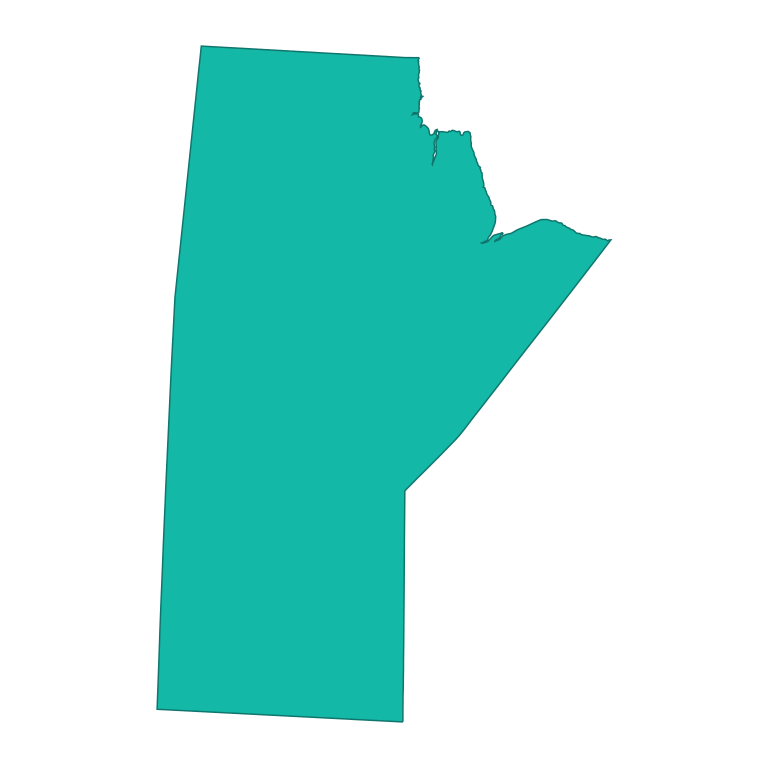 an SVG outline of Manitoba
{"feature_id": "CAN-630", "entity_name": "Manitoba", "entity_type": "Province", "adm_level": 1, "iso_a3": "CAN", "parent_name": "Canada", "parent_adm1": "", "projection": "albers", "projection_center": [-94.63, 54.496], "detail": "fine", "context": "isolated", "style": "filled", "palette": "teal", "viewbox_px": 768, "rotation_deg": 0, "n_neighbors": 0, "source": "natural_earth", "source_scale": "10m", "svg_char_len": 5952}
<svg xmlns="http://www.w3.org/2000/svg" viewBox="0 0 768 768"><path d="M402.2,721.9L157.1,709.3L157.5,698.3L158.0,685.4L159.4,646.6L159.8,633.7L160.3,620.8L160.8,607.8L162.4,569.0L162.9,556.1L163.4,543.1L164.5,517.2L165.1,504.3L165.6,491.3L166.8,465.4L167.4,452.5L168.6,426.6L169.2,413.6L170.4,387.7L171.0,374.8L172.3,348.9L173.0,335.9L174.3,310.0L175.0,297.1L177.3,275.1L179.6,253.2L181.9,231.3L184.2,209.4L198.4,73.3L199.9,59.7L200.6,52.9L201.3,46.1L405.1,57.6L418.6,57.7L419.1,58.2L418.7,58.9L418.2,60.0L418.1,60.8L418.7,61.1L418.4,62.0L418.3,62.3L418.4,62.6L418.6,63.0L418.6,64.6L419.3,67.4L418.9,68.5L419.4,69.9L419.5,70.4L419.4,71.1L419.2,72.3L419.1,72.9L419.0,73.2L418.6,74.2L418.5,74.7L418.8,77.7L418.7,78.2L418.3,78.4L418.0,78.8L418.1,79.5L418.4,80.7L418.4,81.1L418.4,81.5L418.6,81.9L418.9,82.6L419.1,82.8L419.4,83.0L419.7,83.2L419.9,83.8L419.2,84.1L419.0,84.8L419.0,85.6L418.9,86.3L419.1,86.8L419.3,87.0L419.5,87.0L419.8,87.3L420.0,87.7L420.0,88.0L420.0,88.3L420.1,88.7L420.0,88.8L419.9,89.3L419.9,89.8L420.2,90.0L420.5,90.1L420.7,90.4L420.8,90.8L421.0,91.2L420.7,91.7L420.7,92.1L420.8,93.7L420.9,93.9L421.1,94.1L421.2,94.5L421.2,95.3L421.1,95.8L420.9,96.3L420.5,97.0L421.0,97.3L421.6,97.0L422.2,96.4L422.7,96.2L422.9,96.3L422.6,96.6L422.2,96.9L422.0,97.0L421.5,97.9L421.2,98.2L420.7,98.3L420.9,98.8L421.0,99.1L419.9,99.6L419.5,100.0L419.7,100.7L419.4,101.4L419.2,101.7L419.0,101.9L419.3,102.3L419.4,102.7L419.3,103.1L419.0,103.6L419.2,104.0L419.3,104.5L419.2,105.6L419.0,105.9L418.9,106.2L418.8,106.5L418.9,106.8L419.3,107.4L419.4,107.7L419.4,108.2L419.1,109.2L419.0,109.8L418.9,111.9L418.8,112.3L417.3,113.0L415.3,112.7L413.4,112.7L412.4,114.7L413.4,114.2L418.1,113.8L418.5,114.1L418.5,114.3L418.4,115.2L418.4,115.6L418.4,115.9L418.5,116.1L418.5,116.4L418.4,116.8L419.7,117.0L421.0,117.7L421.9,118.9L422.2,120.9L422.1,122.1L421.9,122.9L421.1,124.6L420.7,125.1L420.6,125.3L420.5,125.6L420.7,126.0L420.7,126.3L420.5,127.1L420.2,128.0L422.2,125.6L423.2,124.9L424.6,125.1L426.5,126.6L427.6,127.7L428.4,128.8L428.9,130.1L429.4,133.4L429.9,134.6L431.1,135.2L432.3,134.8L434.4,133.3L434.3,132.9L434.3,132.7L434.2,132.5L434.6,132.0L434.9,131.0L435.3,130.4L435.7,130.1L436.7,129.6L437.2,129.5L437.1,130.0L436.9,130.4L436.6,130.7L436.3,130.8L436.6,131.5L436.5,132.1L436.3,132.9L436.1,133.9L436.3,134.8L436.7,135.3L437.0,135.6L437.2,136.2L437.1,136.9L436.7,137.7L436.3,138.4L435.4,139.0L435.0,139.9L434.3,141.8L434.0,143.5L434.7,146.8L434.3,149.2L434.7,151.1L434.7,151.9L434.4,152.8L433.5,154.1L433.2,155.2L433.2,155.5L433.4,156.5L433.4,157.1L433.4,157.9L433.1,159.3L432.9,160.9L432.4,163.5L432.2,164.3L432.4,164.7L433.1,162.2L433.6,160.8L434.2,160.2L434.2,159.8L434.7,157.7L435.0,157.3L435.4,157.0L435.6,156.7L435.4,156.0L436.3,154.6L436.5,154.0L436.5,153.4L436.4,151.8L436.3,151.5L436.1,151.0L436.2,147.1L436.3,145.9L436.3,145.3L436.1,144.7L436.0,144.2L435.9,143.4L435.9,142.6L436.0,142.0L436.5,140.6L438.0,138.3L438.5,137.0L438.3,136.3L438.3,135.4L438.4,134.5L438.8,134.1L439.1,133.7L438.8,132.9L438.3,131.9L438.0,131.2L439.0,131.7L439.9,131.8L441.8,131.6L447.3,132.4L447.8,132.4L448.1,132.1L448.8,131.3L449.3,131.0L449.7,131.1L450.2,131.4L450.6,131.5L451.1,131.3L451.9,130.5L452.4,130.3L453.3,130.4L457.0,131.8L457.5,131.9L458.2,131.4L459.4,131.3L459.7,131.4L460.1,132.4L460.2,133.6L460.4,134.6L461.3,135.1L461.8,135.2L462.2,135.4L462.5,135.3L462.9,134.9L463.7,133.0L464.0,132.6L464.7,132.0L467.6,131.5L468.3,131.5L469.0,131.9L469.6,132.9L470.0,132.8L470.1,133.9L470.8,136.5L470.9,137.2L470.7,138.0L470.6,139.1L470.9,141.5L471.0,142.1L471.3,143.1L471.3,143.8L471.2,145.2L471.2,145.8L471.4,146.8L472.2,149.0L473.8,152.2L474.1,154.4L474.4,155.5L474.8,156.5L476.0,158.7L476.4,159.7L476.5,161.0L476.8,161.9L477.7,163.5L477.6,164.1L478.2,165.3L478.5,165.7L478.8,166.1L479.7,166.8L480.1,167.1L480.4,167.7L479.9,168.3L480.0,168.7L480.4,169.2L480.7,169.8L480.9,171.4L481.1,172.0L481.5,172.3L482.0,172.9L482.1,174.4L482.2,177.6L483.6,182.8L483.9,185.5L483.1,187.1L483.5,187.4L484.4,187.5L484.8,187.9L485.1,188.5L485.4,189.9L486.1,191.5L487.0,194.4L488.8,197.1L489.1,197.9L489.3,198.9L490.8,202.2L490.8,202.8L490.8,204.2L490.8,204.7L491.1,205.1L492.2,205.7L492.6,206.1L492.8,206.5L492.9,207.1L493.1,207.7L493.3,208.9L493.6,209.3L494.0,209.8L494.3,210.4L494.6,211.4L494.9,214.1L495.6,216.1L495.7,217.3L495.5,219.9L495.3,222.2L494.8,224.0L492.2,231.2L490.5,234.7L488.3,237.6L487.6,239.5L487.1,240.4L486.6,240.8L485.3,241.2L482.6,242.6L481.4,243.0L482.1,243.4L486.5,242.1L488.1,241.2L492.5,236.4L494.0,235.2L500.9,233.3L502.0,232.7L502.4,232.8L502.9,233.4L502.7,234.0L502.3,234.4L501.8,234.5L501.1,235.0L499.0,238.4L498.6,238.8L498.0,239.0L496.9,239.3L496.3,239.5L495.3,240.6L494.8,241.0L494.8,241.4L496.5,240.5L499.2,239.8L499.9,239.2L502.8,235.9L506.4,234.4L511.3,233.3L517.5,229.7L526.6,226.1L535.4,222.0L541.1,219.6L546.9,219.5L552.3,221.1L554.9,220.8L555.7,220.9L558.1,222.5L559.0,222.8L560.7,222.9L561.6,223.1L562.4,223.9L562.7,225.1L564.8,225.6L566.7,227.2L569.8,228.4L570.2,229.0L570.3,229.2L573.1,230.1L573.6,230.4L576.0,232.7L576.9,233.3L579.9,233.5L581.4,234.7L589.8,236.0L592.0,236.9L593.0,237.1L595.9,236.5L596.8,236.8L598.5,237.8L600.2,238.1L602.8,239.3L605.5,239.3L606.2,239.7L606.7,240.2L607.3,240.7L608.0,240.8L608.5,240.3L609.0,240.0L610.9,239.9L602.4,251.0L594.8,260.9L587.1,270.9L579.4,280.9L568.5,295.0L557.5,309.2L546.4,323.5L535.2,337.8L525.2,350.6L515.1,363.6L505.0,376.7L494.9,389.8L489.1,397.2L483.4,404.6L477.6,412.0L471.8,419.4L467.9,424.6L463.9,429.8L459.8,434.9L455.6,439.6L447.3,448.1L438.9,456.7L430.5,465.1L422.0,473.6L420.1,475.5L418.2,477.3L416.3,479.2L414.5,481.1L412.4,483.2L410.3,485.3L408.2,487.4L406.1,489.5L404.8,491.0L404.8,494.3L404.6,518.1L404.4,541.8L404.1,589.3L403.7,643.8L403.5,661.9L403.5,668.5L403.4,675.2L403.3,679.6L403.3,684.0L403.2,689.4L403.0,696.4L403.0,699.0L403.0,702.6L402.9,708.0L402.9,714.9L402.9,720.8L402.8,721.4L402.5,721.8L402.2,721.9Z" fill="#14b8a6" stroke="#0f766e" stroke-width="1.5"/></svg>